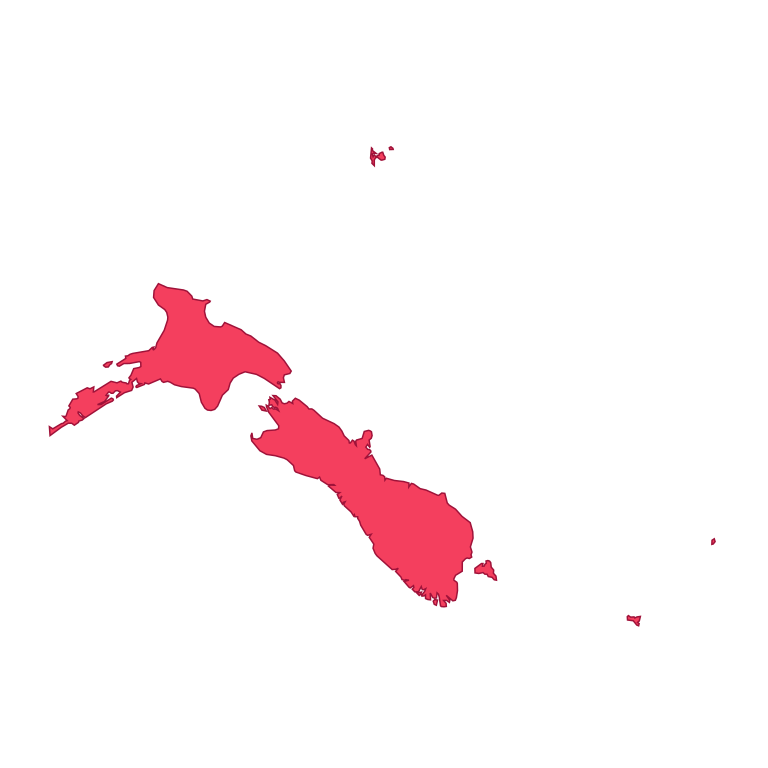 the border of New Zealand, rotated 271°
{"feature_id": "NZL", "entity_name": "New Zealand", "entity_type": "country or territory", "adm_level": 0, "iso_a3": "NZL", "parent_name": "Oceania", "parent_adm1": "", "projection": "mercator", "projection_center": [173.207, -30.558], "detail": "fine", "context": "isolated", "style": "filled", "palette": "rose", "viewbox_px": 768, "rotation_deg": 271, "n_neighbors": 0, "source": "natural_earth", "source_scale": "50m", "svg_char_len": 6141}
<svg xmlns="http://www.w3.org/2000/svg" viewBox="0 0 768 768"><g transform="rotate(271 384 384)"><path d="M337.4,279.3L340.4,279.5L353.8,269.2L359.3,266.9L360.8,266.7L359.5,269.0L357.8,269.8L357.5,270.7L358.5,272.0L357.0,273.9L357.1,276.3L355.4,279.1L358.0,277.9L358.9,276.1L358.4,275.1L359.6,273.1L361.3,272.1L360.7,269.3L363.9,269.7L366.3,269.1L366.6,270.4L368.7,270.2L366.0,275.2L361.7,278.0L364.3,278.3L370.5,273.2L370.4,276.2L367.0,280.5L363.4,282.4L362.5,284.6L363.1,287.3L364.9,289.3L362.9,293.1L365.2,292.7L368.2,295.6L366.4,299.5L360.0,307.6L357.7,309.4L357.8,312.3L356.5,314.4L348.7,323.2L343.5,334.8L340.2,339.7L336.2,342.7L331.4,345.1L326.9,349.9L324.4,350.4L324.5,351.4L327.3,353.4L326.4,355.0L322.8,356.4L321.8,357.4L326.2,356.7L327.5,357.5L329.2,363.1L336.2,365.1L337.4,369.5L336.8,371.2L336.0,372.3L332.2,373.0L329.5,372.2L327.7,370.1L321.2,371.2L320.5,370.8L323.3,368.6L320.6,366.9L318.4,368.8L318.1,370.7L317.2,371.8L315.8,372.1L308.9,366.0L312.7,373.1L298.9,381.2L293.2,381.9L292.6,384.6L291.2,386.3L287.9,386.6L289.8,388.0L287.7,396.1L286.8,405.3L285.4,410.7L281.5,410.6L285.1,413.1L284.5,415.4L280.0,422.0L278.7,427.9L273.7,439.6L273.6,440.7L276.0,443.7L275.7,446.7L266.2,449.3L264.0,451.3L260.1,457.7L253.0,464.3L246.9,472.6L237.8,475.3L231.4,475.7L222.6,473.2L217.5,474.9L214.7,474.0L212.5,474.7L211.0,472.4L211.5,470.2L210.8,468.6L207.4,465.4L198.2,465.5L194.0,458.9L190.3,457.2L189.0,457.4L187.0,460.3L185.8,460.8L178.7,461.1L171.6,460.1L169.0,459.1L168.4,456.6L173.8,449.9L168.9,453.6L166.8,453.2L168.8,450.2L168.6,447.4L165.8,449.9L162.7,450.2L162.3,447.9L162.5,445.2L163.2,444.4L171.7,443.0L174.8,442.1L176.1,440.7L171.0,440.2L170.7,438.2L171.4,436.5L175.8,433.9L169.0,434.3L169.3,431.5L170.2,429.3L173.9,429.2L172.8,427.7L172.6,425.6L173.6,425.4L177.4,428.3L180.1,429.3L179.0,427.2L179.1,425.8L182.1,424.8L176.9,422.2L176.7,418.5L179.4,415.8L181.0,417.4L182.9,417.0L180.6,413.8L181.2,412.6L186.9,407.5L188.3,412.4L188.8,409.2L188.1,407.9L188.8,405.4L191.3,404.3L196.8,398.9L200.0,401.5L198.9,398.8L198.6,395.4L212.1,379.9L214.5,378.1L219.6,375.9L223.7,376.6L230.5,371.9L233.5,373.8L232.4,370.3L233.3,368.8L242.4,363.2L246.2,362.0L249.1,360.1L250.8,360.0L250.8,357.2L252.7,356.7L251.5,356.0L255.6,353.2L261.5,346.5L263.1,345.8L265.6,347.2L265.0,345.4L263.2,344.5L267.3,341.9L271.3,343.9L269.3,342.0L269.0,340.9L272.7,339.2L274.6,341.6L274.7,337.9L280.8,330.4L281.9,332.1L281.9,336.4L282.6,335.6L282.3,329.6L286.6,322.6L289.8,321.2L288.2,319.1L291.1,307.6L294.4,297.5L295.7,296.2L300.9,294.9L306.6,288.5L308.2,285.2L310.4,276.6L311.6,267.7L315.1,261.1L324.8,252.8L329.8,251.8L332.8,252.8L327.3,253.7L326.5,258.0L328.2,261.7L334.0,264.3L335.4,267.9L336.1,276.1L337.4,279.3ZM341.4,66.4L341.8,67.9L346.1,63.5L345.9,66.2L346.8,66.8L352.6,68.7L353.8,70.3L355.1,70.7L356.6,69.3L363.4,73.1L363.8,77.0L364.5,78.2L366.1,78.4L369.1,76.4L375.0,87.3L374.1,90.1L376.0,93.9L371.0,93.5L371.1,94.3L381.9,111.0L380.5,117.0L382.3,120.9L381.2,122.2L380.5,126.3L379.7,127.0L379.8,128.5L383.1,129.5L384.2,130.7L384.9,129.3L385.8,128.9L388.3,130.8L395.0,133.5L396.2,138.9L397.2,140.6L401.4,140.4L402.1,139.0L400.1,129.3L399.9,123.5L397.2,119.1L397.6,117.3L399.2,116.5L405.1,125.4L407.4,125.0L407.7,127.3L409.3,129.6L410.2,132.3L413.2,148.2L416.5,151.6L416.9,153.2L414.9,152.3L414.2,152.8L414.5,153.6L416.3,155.1L421.2,156.3L433.8,163.3L444.1,166.5L447.1,166.7L451.8,165.5L454.6,163.5L459.0,157.1L466.5,152.1L473.4,152.5L480.4,156.7L476.6,165.6L474.5,181.9L473.3,185.5L468.5,190.3L465.6,191.3L463.9,201.4L465.3,205.5L463.8,208.8L462.9,208.3L460.6,204.4L453.6,203.2L447.7,204.6L441.9,208.2L438.6,213.2L438.2,219.6L439.0,221.3L442.7,223.6L435.7,240.3L431.6,245.0L429.6,250.1L423.6,258.0L420.1,265.3L413.0,277.0L405.2,284.0L395.3,291.0L392.9,289.7L391.4,284.2L388.5,283.3L383.9,284.4L383.8,279.3L384.4,278.1L383.5,277.4L382.6,277.6L382.3,278.8L382.9,279.7L380.7,281.0L378.4,281.0L377.5,279.7L387.5,264.2L391.4,256.4L393.8,244.9L391.2,238.8L387.3,233.2L382.2,230.1L375.7,228.4L370.0,222.6L359.0,218.0L355.7,215.2L354.5,211.5L354.9,207.9L356.6,205.4L362.6,201.7L371.2,199.4L375.6,195.3L376.5,193.4L377.9,181.4L379.6,174.5L382.0,170.3L382.9,167.7L381.8,163.5L382.8,161.9L385.2,160.4L379.9,148.6L380.9,144.9L379.4,144.5L376.2,136.9L376.8,136.0L378.1,136.6L380.1,140.8L380.4,138.7L381.9,137.4L385.2,136.5L381.3,131.9L376.6,133.2L373.2,131.8L370.8,124.7L365.7,117.0L367.2,116.8L371.3,120.6L372.7,117.6L372.5,115.6L370.0,113.2L370.0,111.4L371.1,109.9L371.1,108.7L367.8,106.2L367.3,107.3L368.0,108.9L367.4,109.0L361.7,104.9L358.4,97.9L358.5,101.5L365.1,111.6L364.5,113.2L363.3,113.7L362.1,112.7L359.3,106.6L345.2,86.0L347.0,83.3L349.8,81.0L350.8,78.8L349.7,78.6L347.4,80.2L344.2,84.6L342.6,82.8L341.6,79.5L340.3,79.2L337.4,75.1L339.3,72.5L339.3,69.0L335.1,62.1L326.6,51.0L335.5,50.2L333.4,53.6L338.8,62.3L339.1,63.8L341.4,66.4ZM206.2,484.6L206.2,486.1L203.5,485.6L203.6,487.3L205.7,488.2L206.5,489.4L208.8,489.1L209.3,490.9L208.8,492.6L207.3,493.8L202.8,494.4L199.9,496.9L196.7,496.7L193.9,499.3L189.8,499.9L190.2,497.6L192.6,495.4L193.3,491.6L195.6,490.4L195.6,488.2L197.2,486.3L196.2,482.1L196.7,478.3L201.2,478.1L206.2,484.6ZM619.8,367.4L618.9,368.4L617.3,368.3L614.4,372.1L614.6,369.3L613.8,368.2L610.9,369.1L612.9,370.2L611.3,371.8L612.9,375.3L614.3,375.2L615.7,377.9L615.7,378.7L612.6,379.8L610.9,381.2L608.7,380.9L607.9,378.3L607.8,377.2L610.7,373.3L609.9,371.5L607.8,370.4L602.1,370.5L604.4,368.1L606.9,368.3L609.6,366.6L619.8,367.4ZM155.5,640.9L156.1,644.4L151.6,643.4L150.0,641.6L148.9,643.3L146.7,642.8L147.4,640.9L151.6,637.4L152.3,631.6L155.6,631.3L156.7,632.4L155.2,634.7L155.5,638.1L154.4,638.9L155.5,640.9ZM400.6,106.7L401.6,111.8L399.6,111.2L398.8,109.8L396.2,108.0L396.0,105.3L397.4,103.4L397.9,103.2L400.6,106.7ZM358.4,264.8L354.9,266.8L355.7,262.4L359.8,259.6L359.6,262.1L358.4,264.8ZM169.3,438.5L168.9,441.3L163.7,440.2L164.6,438.1L167.7,437.0L169.3,438.5ZM233.5,714.7L235.0,716.9L232.2,717.8L229.8,716.0L229.4,714.6L233.5,714.7ZM175.5,420.6L176.6,425.1L174.2,424.3L173.2,422.9L175.5,420.6ZM619.8,388.8L618.7,389.1L618.5,385.6L620.4,385.2L621.3,386.8L619.8,388.8Z" fill="#f43f5e" stroke="#9f1239" stroke-width="1.5"/></g></svg>